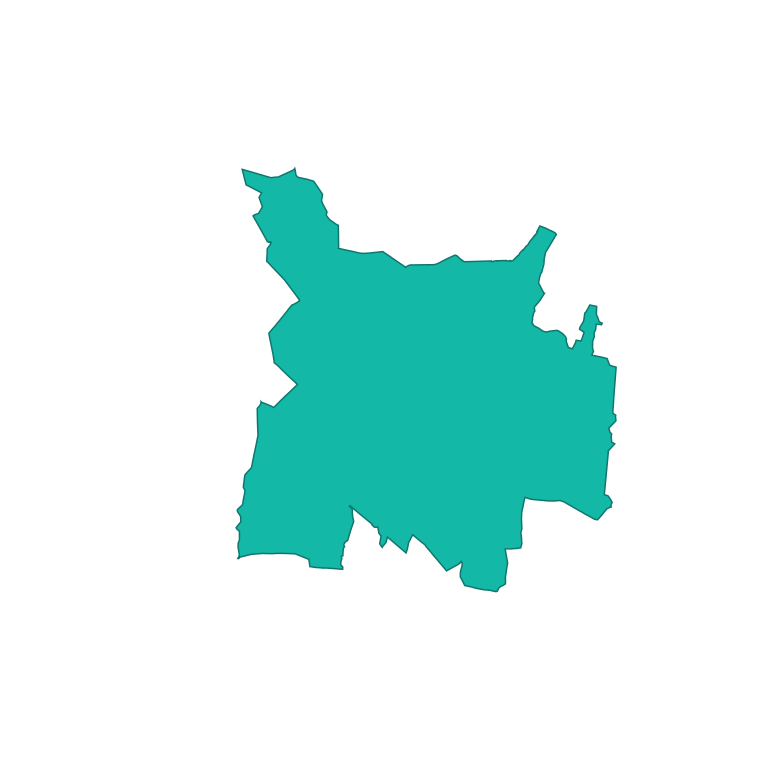 Mežāres pag., Krustpils, Latvia (Mercator projection), rotated 133°
{"feature_id": "27541924B81623033015716", "entity_name": "Mežāres pag.", "entity_type": "district", "adm_level": 2, "iso_a3": "LVA", "parent_name": "Latvia", "parent_adm1": "Krustpils", "projection": "mercator", "projection_center": [26.221, 56.543], "detail": "fine", "context": "isolated", "style": "filled", "palette": "teal", "viewbox_px": 768, "rotation_deg": 133, "n_neighbors": 0, "source": "geoboundaries", "source_scale": "gbopen_adm2", "svg_char_len": 6027}
<svg xmlns="http://www.w3.org/2000/svg" viewBox="0 0 768 768"><g transform="rotate(133 384 384)"><path d="M447.4,158.9L446.2,159.9L443.7,162.2L443.1,163.0L434.2,169.2L430.7,171.4L422.1,182.8L421.9,182.9L418.1,178.8L413.2,174.3L412.2,173.5L411.0,172.8L410.7,172.3L406.6,174.4L404.1,177.3L403.4,177.7L402.5,178.8L399.8,182.1L399.5,182.5L395.9,184.4L388.5,191.9L386.0,193.9L384.1,195.7L377.3,199.7L373.7,202.0L370.7,203.5L368.7,199.2L368.4,198.6L366.3,195.5L363.4,191.8L363.0,191.3L362.1,190.1L357.3,183.9L354.9,181.4L353.9,180.1L349.2,175.9L347.4,171.7L346.5,167.8L346.0,165.6L343.4,154.4L342.7,151.8L342.0,148.2L341.3,145.7L341.2,145.6L340.9,144.4L339.4,138.0L337.8,135.3L332.2,135.3L323.1,135.9L320.6,134.8L320.0,134.7L319.0,133.9L317.9,135.4L314.9,136.5L313.6,141.1L313.0,143.4L313.1,144.0L313.4,144.8L314.7,147.4L280.3,173.9L280.3,174.3L276.9,174.4L270.4,174.4L271.2,177.9L267.7,181.8L265.3,183.4L265.1,186.1L262.9,189.5L252.7,189.3L250.1,192.3L248.8,193.2L249.2,196.2L249.2,196.7L247.7,198.2L244.4,200.8L237.1,206.8L213.4,225.7L216.4,231.7L213.2,238.2L216.6,244.2L219.3,248.7L221.2,251.7L219.6,252.4L217.4,252.9L215.5,256.0L210.5,260.5L206.1,262.4L203.4,265.2L199.7,266.4L195.5,269.7L193.5,267.0L192.8,266.1L192.3,265.3L190.7,265.9L191.3,267.5L191.6,269.4L190.4,271.5L189.6,273.0L188.3,276.1L182.2,281.4L185.9,287.4L188.3,286.7L193.5,285.4L195.2,285.5L196.1,284.9L197.2,284.1L200.3,281.9L202.5,280.7L208.7,279.4L210.6,278.4L209.7,273.0L212.4,271.7L218.1,269.1L220.9,273.3L223.9,271.9L229.8,270.3L231.6,274.1L229.2,278.6L228.1,280.4L226.8,281.0L225.6,283.7L225.3,287.4L226.1,292.3L226.7,293.9L226.9,294.2L232.8,299.2L233.6,299.5L235.4,300.9L236.5,302.8L237.0,304.1L237.7,309.0L238.8,312.9L238.9,313.5L239.2,314.0L239.0,315.3L238.5,316.0L238.8,316.9L238.6,317.2L237.6,317.9L237.0,318.4L235.4,319.4L234.2,320.6L229.3,323.3L228.0,323.3L227.7,323.5L227.4,324.0L225.2,326.5L216.6,326.9L208.1,328.5L208.5,329.2L204.7,339.9L199.9,342.9L195.9,344.9L195.2,344.6L187.3,348.8L183.2,352.2L177.6,355.6L160.9,359.1L159.7,359.5L157.1,359.9L156.7,361.7L157.9,366.3L158.2,366.7L159.8,372.1L160.1,372.8L161.4,376.1L162.2,377.8L168.2,376.1L167.9,375.7L169.4,375.1L169.4,375.3L173.1,374.9L173.1,375.2L174.6,374.9L179.5,374.6L182.2,374.2L183.8,373.7L186.6,374.0L190.1,373.7L191.4,373.5L191.5,374.0L193.8,374.0L195.3,374.0L198.0,373.3L199.2,373.7L205.9,373.9L207.9,375.2L207.5,375.7L209.5,377.3L210.7,378.6L210.4,378.9L215.9,384.5L216.1,384.3L217.1,385.3L216.9,385.5L219.2,387.5L219.6,387.6L219.9,387.5L221.3,388.9L220.8,389.4L239.0,407.8L239.7,408.8L240.1,409.6L240.4,410.3L240.8,411.5L240.3,410.6L240.0,410.8L240.3,411.7L240.5,413.3L240.5,417.9L240.7,418.7L241.1,419.5L241.7,420.2L241.9,420.1L243.3,420.8L249.1,423.2L258.9,426.7L260.6,427.5L261.5,428.0L263.2,429.4L278.7,445.6L279.7,446.4L281.1,447.0L283.0,447.7L284.1,447.8L284.0,448.7L286.3,463.8L286.9,468.3L287.2,469.7L288.0,475.2L298.0,483.8L302.3,487.9L304.1,490.0L306.1,493.2L308.3,497.1L310.4,500.5L315.9,509.9L315.0,510.4L299.1,525.6L299.8,527.7L300.9,535.7L300.7,537.1L300.6,537.7L300.3,539.8L300.0,541.1L299.6,541.6L299.2,541.9L297.2,542.9L296.9,543.3L295.6,547.1L294.1,551.5L293.4,553.1L292.4,554.8L291.6,555.4L287.7,557.9L287.1,558.6L283.8,572.9L283.7,573.9L285.8,578.0L286.9,580.2L291.2,587.3L291.5,588.5L291.5,589.0L291.4,589.9L291.3,590.4L290.9,591.5L290.1,592.3L287.9,595.2L287.2,596.3L288.5,596.1L289.5,596.3L305.2,602.7L305.7,603.5L310.3,607.5L323.7,634.1L332.4,620.7L327.7,603.9L332.8,602.6L337.3,593.8L344.8,592.1L348.9,594.2L350.4,594.4L356.3,575.8L358.7,568.5L359.5,566.4L359.3,566.3L359.0,566.0L358.9,565.0L358.9,564.7L358.6,564.3L358.1,564.0L357.3,563.9L357.2,563.7L357.4,563.2L358.7,562.7L359.0,562.3L364.3,561.7L365.2,561.3L368.0,558.7L374.2,553.5L374.3,550.0L374.6,546.2L375.5,530.8L375.7,527.9L378.4,512.5L379.6,506.1L380.4,502.6L383.2,503.0L388.8,504.9L389.0,505.2L395.4,504.8L396.7,504.6L404.9,504.0L408.6,503.7L413.0,503.5L414.2,503.3L420.6,503.1L425.1,502.9L425.7,502.5L427.7,499.8L438.1,485.2L439.7,483.2L443.4,478.5L443.3,478.4L443.2,477.7L443.0,474.2L443.2,469.9L443.4,458.9L443.4,458.3L443.4,454.5L443.3,452.4L443.4,447.0L453.6,447.5L458.2,447.8L458.7,447.9L467.1,448.3L476.4,448.6L476.8,450.6L477.2,451.6L477.9,453.5L478.9,456.3L480.9,461.3L480.8,461.9L481.6,461.2L482.9,460.6L484.3,460.2L485.5,460.1L487.7,460.1L488.3,460.0L488.9,459.5L498.3,450.4L507.5,441.1L516.1,435.8L524.1,431.0L535.0,424.2L536.2,423.9L544.9,423.8L545.5,423.6L547.6,422.2L555.3,416.6L555.5,416.2L556.0,415.1L556.4,413.3L558.5,411.7L565.1,407.6L568.3,405.4L569.5,405.1L575.6,405.6L576.7,405.0L577.2,404.0L577.7,402.3L577.9,401.3L578.7,398.4L580.1,397.1L582.6,394.7L585.2,394.5L589.9,394.2L590.4,392.9L590.4,392.0L590.4,389.2L596.4,383.6L597.1,383.2L599.8,382.1L602.8,379.5L606.5,374.7L607.1,373.9L608.4,372.7L609.0,372.5L611.3,371.9L610.7,371.2L608.7,371.2L599.1,364.9L595.9,362.0L590.8,357.3L584.1,349.8L582.1,348.0L577.8,343.5L572.1,337.0L569.5,334.0L568.9,333.5L563.5,319.4L568.1,313.6L567.2,312.4L564.4,308.3L562.8,306.5L560.0,302.8L558.0,300.8L548.5,288.9L547.6,287.9L545.9,289.5L545.8,292.3L542.9,294.6L540.5,295.7L539.2,297.7L537.7,296.9L535.4,298.9L532.6,301.1L531.0,301.9L529.8,301.9L529.3,303.6L528.0,304.2L525.1,304.5L523.4,303.8L513.5,308.7L505.2,312.4L502.2,316.7L500.8,318.1L500.9,318.3L497.1,321.8L497.0,325.7L497.0,326.0L496.2,326.0L495.7,315.0L494.6,297.2L495.2,296.8L495.3,293.4L492.9,290.9L495.5,287.5L496.6,286.1L497.2,282.4L503.8,278.2L504.7,273.9L503.7,274.2L498.7,274.4L493.6,277.1L492.5,252.7L489.3,254.1L483.2,257.8L474.7,260.2L474.3,252.4L473.7,244.3L474.3,241.8L475.2,233.5L475.4,232.9L476.1,226.4L478.0,210.8L468.9,207.9L466.4,207.0L464.4,206.5L463.8,206.6L462.3,206.2L461.0,206.6L461.0,206.4L461.5,205.1L463.0,203.5L463.8,202.9L465.8,201.8L467.7,200.9L469.9,199.5L471.9,197.7L472.9,196.8L476.3,187.5L472.2,180.6L471.5,178.9L469.4,175.4L466.4,170.7L462.8,166.1L459.7,160.8L459.3,160.4L458.3,159.8L457.5,160.0L456.4,160.4L455.0,160.8L453.8,160.8L452.3,160.5L449.9,159.5L448.9,159.3L447.4,158.9Z" fill="#14b8a6" stroke="#0f766e" stroke-width="1.5"/></g></svg>